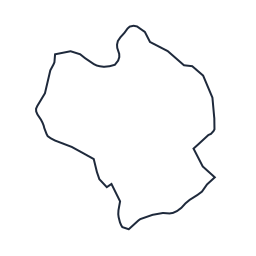 an SVG outline of Punakha, rotated 261°
{"feature_id": "BTN-2440", "entity_name": "Punakha", "entity_type": "District", "adm_level": 1, "iso_a3": "BTN", "parent_name": "Bhutan", "parent_adm1": "", "projection": "mercator", "projection_center": [89.835, 27.687], "detail": "fine", "context": "isolated", "style": "outline", "palette": "slate", "viewbox_px": 256, "rotation_deg": 261, "n_neighbors": 0, "source": "natural_earth", "source_scale": "10m", "svg_char_len": 1132}
<svg xmlns="http://www.w3.org/2000/svg" viewBox="0 0 256 256"><g transform="rotate(261 128 128)"><path d="M212.2,67.5L212.8,83.3L208.3,92.3L203.7,96.5L196.4,104.3L194.6,106.9L193.4,109.8L192.2,113.8L191.9,119.6L192.5,124.9L196.1,128.8L199.4,130.5L202.6,130.9L208.8,129.9L212.0,130.2L215.5,131.6L218.8,134.7L222.6,139.4L226.3,143.1L227.9,145.6L228.1,149.5L226.9,152.8L220.2,159.7L209.5,163.2L197.7,179.3L181.3,193.0L181.2,193.1L179.0,201.1L168.0,210.4L144.9,216.1L144.3,216.1L124.9,214.8L124.3,214.8L113.2,213.2L111.7,212.1L109.2,209.0L108.5,206.3L100.7,194.6L97.4,189.5L78.3,195.8L65.7,206.0L59.9,197.2L53.6,191.1L51.1,186.3L47.4,177.7L44.6,173.0L40.8,168.2L38.3,163.4L37.1,159.1L37.1,155.6L38.6,149.2L38.4,138.7L36.1,125.9L35.1,123.9L27.9,112.9L31.0,106.9L32.9,106.1L36.0,105.3L41.4,104.8L44.4,104.9L48.2,105.7L56.8,108.7L75.3,102.9L72.9,97.8L81.9,91.7L89.4,90.4L102.7,89.3L118.1,69.5L127.0,54.0L129.9,50.1L132.5,47.4L134.9,46.6L141.1,45.3L143.5,45.1L146.6,44.4L149.9,43.3L155.5,40.7L158.7,39.9L161.4,40.2L164.0,41.9L175.3,51.4L197.1,60.3L202.5,64.4L204.4,65.6L212.2,67.5Z" fill="none" stroke="#1e293b" stroke-width="2"/></g></svg>